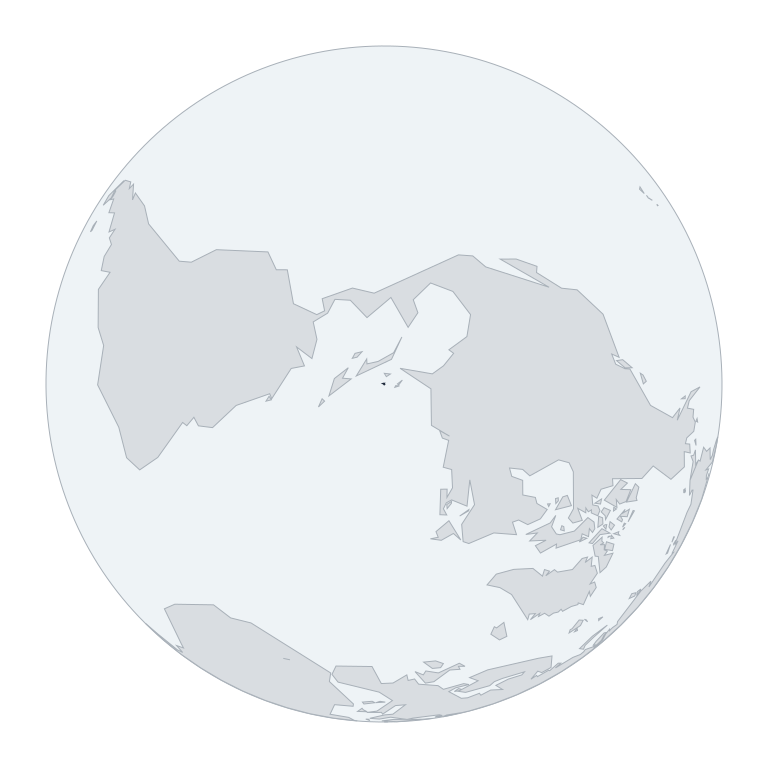 the Earth from above South Eleuthera, rotated 129°
{"feature_id": "BHS-5029", "entity_name": "South Eleuthera", "entity_type": "District", "adm_level": 1, "iso_a3": "BHS", "parent_name": "The Bahamas", "parent_adm1": "", "projection": "orthographic", "projection_center": [-76.202, 24.817], "detail": "fine", "context": "on_globe", "style": "filled", "palette": "slate", "viewbox_px": 768, "rotation_deg": 129, "n_neighbors": 0, "source": "natural_earth", "source_scale": "10m", "svg_char_len": 9733}
<svg xmlns="http://www.w3.org/2000/svg" viewBox="0 0 768 768"><g transform="rotate(129 384 384)"><circle cx="384" cy="384" r="338" fill="#eef3f6" stroke="#a8b0b8"/><path d="M372.4,479.9L364.5,476.2L356.6,485.7L329.3,468.9L319.6,448.8L236.8,407.4L228.6,395.6L229.0,378.7L204.9,316.6L213.8,372.3L203.7,359.9L196.3,339.1L201.4,335.6L197.8,306.3L189.3,293.2L191.9,257.7L215.3,218.1L217.4,225.9L222.8,216.4L220.5,206.4L217.6,202.3L232.9,163.4L228.6,138.6L216.3,138.9L227.6,133.3L196.7,140.5L187.4,136.6L204.8,136.3L211.8,133.0L208.8,127.4L215.3,123.0L217.7,118.1L225.8,113.5L235.3,114.8L240.7,112.2L238.3,108.6L244.9,102.6L247.6,108.1L259.4,98.4L277.5,101.0L278.3,123.2L295.1,124.1L313.8,146.8L318.9,142.1L329.2,149.1L338.8,146.7L339.5,152.5L346.6,145.7L344.1,140.9L346.4,136.6L351.9,135.0L353.7,141.8L351.3,143.6L354.7,144.8L353.3,149.1L357.1,146.1L358.7,155.2L365.2,144.1L373.2,149.7L372.1,156.4L361.7,158.2L333.1,181.6L328.7,190.6L333.1,200.6L363.6,212.9L363.1,222.5L370.3,233.6L375.4,226.6L371.6,215.6L382.9,206.3L376.9,195.0L380.6,190.0L378.8,178.2L390.4,177.6L402.8,183.8L405.0,193.8L410.5,197.2L417.7,186.2L430.6,204.9L454.6,217.7L456.7,223.3L444.2,235.3L420.8,237.7L404.5,257.0L426.7,242.6L431.5,258.5L437.2,260.8L443.6,259.3L446.3,252.8L450.4,258.3L430.1,273.7L426.0,268.8L432.5,263.7L421.6,265.4L407.9,277.6L411.4,285.6L387.1,298.3L389.3,304.6L385.2,311.4L383.3,300.3L386.3,321.1L358.2,344.5L361.7,381.4L345.7,352.8L332.4,349.2L316.3,349.2L316.6,355.1L295.0,349.4L275.6,360.4L268.7,388.7L276.2,411.4L300.1,414.3L307.3,402.5L324.8,400.9L312.4,433.1L343.1,439.0L340.1,462.9L349.1,475.4L364.4,472.4L380.3,478.1L391.5,464.2L409.6,456.0L410.2,475.3L420.0,457.2L430.3,465.9L466.1,462.0L463.5,466.7L493.7,485.4L525.8,489.8L533.3,501.9L529.5,510.8L540.5,511.0L540.6,516.3L583.4,513.6L604.5,519.8L603.3,537.6L584.5,562.9L564.9,606.0L530.5,626.1L520.0,641.7L490.2,665.5L469.6,667.2L473.8,675.1L461.0,681.7L447.1,683.6L443.3,689.4L433.0,690.4L438.9,693.4L420.6,701.1L424.0,705.6L410.3,710.5L412.9,712.6L408.3,712.8L403.0,713.8L402.1,715.0L388.5,713.3L386.3,708.0L392.4,704.9L386.3,704.4L399.2,695.3L392.0,697.4L396.3,682.2L407.7,667.7L417.4,620.4L410.6,610.4L385.1,598.8L354.4,557.3L363.0,539.6L356.1,531.0L378.6,504.9L372.4,479.9ZM69.7,309.1L72.2,301.6L71.8,308.0L69.7,309.1ZM73.0,296.1L72.2,298.8L72.7,296.3L73.0,296.1ZM72.8,293.6L72.9,295.4L72.5,294.0L72.8,293.6ZM72.3,291.1L72.7,292.1L72.5,292.3L72.3,291.1ZM360.1,393.7L395.2,410.6L375.4,413.2L379.1,409.9L370.2,402.8L353.6,396.2L336.2,399.7L360.1,393.7ZM72.6,285.1L72.8,283.4L73.4,283.7L72.6,285.1ZM375.5,373.6L369.4,372.2L375.3,372.0L375.5,373.6ZM215.2,201.4L219.7,206.8L219.5,218.0L214.9,213.8L215.2,201.4ZM216.8,181.9L220.7,182.5L214.3,191.6L214.0,188.4L216.8,181.9ZM205.9,140.7L208.3,143.5L203.7,142.4L205.9,140.7ZM216.5,118.2L213.8,119.0L216.2,116.3L216.5,118.2ZM372.5,179.5L375.6,178.9L374.3,181.4L372.5,179.5ZM368.8,175.2L365.1,178.6L362.8,177.0L365.1,175.0L368.8,175.2ZM230.7,107.0L235.4,102.8L232.3,107.2L230.7,107.0ZM373.8,171.6L359.2,174.0L355.2,171.4L360.6,161.8L373.8,171.6ZM239.2,100.5L250.4,91.1L245.2,91.8L266.2,85.6L249.7,95.0L246.7,100.1L244.4,98.5L239.2,100.5ZM341.0,140.2L343.9,145.1L336.4,142.6L341.0,140.2ZM335.6,139.7L309.4,139.9L307.8,132.5L316.9,133.6L310.8,125.7L323.0,121.9L329.0,125.3L327.6,130.8L333.3,125.3L335.6,139.7ZM276.0,84.1L280.1,82.4L277.6,84.5L276.0,84.1ZM346.7,134.7L341.6,135.1L339.8,128.5L349.9,126.5L347.2,129.2L346.7,134.7ZM303.3,125.9L303.8,121.0L313.7,116.4L315.3,114.1L323.1,121.2L303.3,125.9ZM350.4,129.9L355.0,125.8L360.8,127.6L351.7,133.9L350.4,129.9ZM335.2,127.8L334.8,124.7L338.3,125.7L335.2,127.8ZM383.9,132.8L377.8,132.9L376.3,129.3L383.9,132.8ZM356.3,124.2L354.3,123.6L353.1,122.4L357.2,120.2L356.3,124.2ZM329.6,117.7L333.6,117.0L326.9,114.5L334.1,111.5L338.0,117.0L339.3,113.3L341.5,112.5L342.3,118.0L329.6,117.7ZM357.7,114.5L365.1,121.3L376.8,121.6L378.4,124.7L359.3,123.6L357.7,114.5ZM348.6,116.0L354.5,115.6L353.5,119.2L348.7,121.7L348.6,116.0ZM337.5,107.6L325.5,110.8L325.0,109.6L337.5,107.6ZM361.3,113.8L359.4,112.2L362.2,113.4L361.3,113.8ZM345.1,108.5L340.9,109.7L340.5,108.3L345.1,108.5ZM359.1,108.4L361.5,110.4L358.4,112.0L359.1,108.4ZM352.8,107.8L353.3,105.6L355.8,111.3L351.0,108.6L352.8,107.8ZM345.4,107.0L343.8,106.5L347.2,106.7L345.4,107.0ZM369.7,101.6L373.6,108.5L366.6,111.8L363.8,104.5L369.7,101.6ZM410.7,716.4L389.5,714.1L401.6,715.3L411.0,713.1L421.8,714.7L410.7,716.4ZM438.0,709.8L448.3,707.6L450.5,707.9L443.9,709.6L438.0,709.8ZM638.3,161.4L647.2,173.7L638.8,165.6L620.3,143.1L613.3,135.8L638.3,161.4ZM604.0,127.5L603.2,127.4L591.3,117.6L601.8,127.0L604.3,128.3L610.9,134.7L609.1,134.0L605.0,130.2L606.2,132.8L625.6,151.4L630.1,154.9L638.8,169.2L647.3,176.7L652.8,184.7L640.7,175.2L635.0,169.3L619.8,165.5L626.7,172.7L641.4,177.3L640.8,179.3L650.1,190.7L642.6,183.6L624.7,178.2L626.5,193.8L644.6,232.1L642.4,241.7L633.4,243.8L611.1,215.5L618.5,197.6L610.7,188.8L595.7,183.2L599.2,178.7L594.0,174.6L595.5,168.2L584.4,152.2L583.9,145.7L566.7,133.5L564.1,128.9L575.0,137.1L582.3,140.0L579.6,126.1L575.3,121.6L564.3,115.2L564.9,112.9L554.7,108.5L546.8,99.6L547.8,107.4L535.0,101.6L523.3,93.8L519.3,93.7L538.3,106.7L545.8,110.9L551.9,112.0L572.3,126.5L576.1,132.9L555.4,124.1L558.3,132.7L540.9,123.5L500.1,91.5L489.6,82.3L499.2,75.8L509.0,79.8L510.4,83.8L520.9,84.0L514.4,82.0L514.9,80.6L502.8,75.9L502.5,74.8L491.3,72.9L489.7,70.9L496.8,72.1L477.5,65.1L470.7,61.2L466.4,60.3L463.8,60.5L456.8,56.2L454.0,55.8L455.2,57.0L450.3,57.2L438.9,56.3L437.1,54.8L441.0,54.9L446.4,53.7L457.0,55.1L455.1,54.5L445.5,53.0L438.9,54.4L432.6,54.4L434.3,53.1L433.2,53.5L429.5,53.1L424.2,51.6L421.6,53.0L383.3,54.1L369.2,52.5L375.0,50.4L346.4,52.9L332.7,53.0L333.8,53.7L320.8,56.8L324.9,56.7L324.5,57.4L293.1,67.7L284.3,69.8L272.0,77.1L272.6,77.8L278.4,76.5L266.2,85.6L245.2,91.8L245.0,89.8L232.0,95.8L233.3,90.9L228.5,90.4L237.5,82.9L232.8,83.9L228.2,86.3L218.5,90.3L215.0,91.4L220.6,88.2L237.8,79.7L248.2,79.8L245.7,78.3L252.3,75.8L255.1,73.7L252.8,73.5L248.8,75.2L273.8,64.6L297.8,57.3L322.3,51.8L347.2,48.1L372.3,46.3L397.4,46.3L422.4,48.3L447.3,52.1L471.7,57.7L495.8,65.1L519.1,74.3L541.8,85.2L563.5,97.7L584.3,111.9L604.0,127.5ZM720.1,418.8L720.6,402.3L720.6,377.4L719.3,371.5L717.8,380.6L715.3,373.7L713.6,377.7L696.9,413.2L686.8,408.0L662.9,377.5L662.3,356.0L653.4,337.0L642.1,243.6L649.6,239.2L651.9,206.4L653.9,205.2L664.3,220.6L674.6,218.1L665.3,201.6L664.0,194.9L662.6,192.8L675.4,212.9L686.7,233.8L696.5,255.5L704.8,277.8L711.5,300.7L716.5,323.9L719.9,347.5L721.7,371.2L721.7,395.0L720.1,418.8ZM657.5,283.5L660.6,289.6L657.5,283.5ZM467.2,461.6L471.6,464.9L465.9,465.6L467.2,461.6ZM372.7,421.4L380.1,421.8L384.0,424.8L378.4,425.8L372.7,421.4ZM434.7,419.4L443.1,420.5L434.4,422.8L434.7,419.4ZM400.7,412.7L427.9,419.3L411.0,426.0L393.8,422.0L405.6,419.9L400.7,412.7ZM372.2,385.3L376.8,386.8L375.5,390.5L372.2,385.3ZM379.8,373.5L378.0,373.9L375.7,370.8L379.8,373.5ZM432.7,257.6L434.4,256.5L441.1,256.5L438.1,259.4L432.7,257.6ZM469.4,241.1L475.1,250.5L469.0,245.4L466.0,250.7L449.4,247.5L456.9,226.1L456.5,236.0L469.4,241.1ZM429.3,238.4L439.0,242.1L428.1,239.0L429.3,238.4ZM563.9,161.9L568.8,161.5L574.6,167.4L575.2,178.2L566.7,169.6L563.9,161.9ZM574.3,159.9L553.6,149.7L552.4,143.4L556.6,148.5L557.9,145.4L564.9,152.9L584.0,157.9L590.4,163.6L588.0,178.9L585.3,170.4L580.7,170.9L574.3,159.9ZM502.7,143.0L493.8,140.8L502.8,129.7L510.2,133.2L511.2,143.5L503.2,145.5L502.7,143.0ZM386.2,155.1L382.2,156.6L381.7,154.5L384.7,151.5L386.2,155.1ZM381.2,133.1L403.3,147.0L399.8,149.2L416.9,156.0L414.4,164.6L403.4,159.7L414.3,172.0L403.3,171.1L411.7,179.1L387.4,167.4L378.0,167.8L389.5,163.9L392.1,155.7L390.4,152.4L378.5,143.5L359.5,141.5L359.1,133.9L363.8,129.1L368.2,128.5L367.1,133.4L373.9,129.0L375.7,135.7L381.2,133.1ZM419.2,90.0L416.0,93.9L430.0,90.2L431.9,95.3L433.4,94.5L439.0,98.4L448.3,102.2L447.6,104.6L451.6,105.1L455.4,108.1L460.6,109.7L461.1,114.9L467.5,117.6L464.2,118.6L475.0,121.9L467.2,121.9L471.4,126.3L476.7,124.0L467.3,152.4L469.3,165.8L475.3,177.5L461.1,177.1L446.4,166.5L433.6,152.2L433.6,139.9L427.2,142.5L425.3,137.6L431.2,137.6L421.0,134.7L421.0,130.8L409.6,120.8L394.9,120.2L390.4,116.9L396.1,115.3L387.5,113.3L395.3,108.2L392.3,105.9L396.8,99.1L409.7,98.0L405.3,95.7L408.6,91.0L419.2,90.0ZM371.4,99.6L386.3,96.1L394.7,97.4L383.2,108.9L384.9,111.6L377.9,120.0L365.8,118.1L369.0,115.8L369.2,113.2L372.9,114.8L370.1,111.6L374.3,108.5L373.3,105.3L378.5,104.9L371.4,99.6ZM649.8,197.0L650.2,195.1L649.3,190.8L655.1,198.5L649.8,197.0ZM638.0,193.5L637.4,190.5L645.3,198.2L644.8,200.6L638.0,193.5ZM630.4,182.8L636.7,189.7L633.1,187.4L630.4,182.8ZM573.8,134.4L572.4,131.4L574.8,132.4L578.7,135.8L573.8,134.4ZM461.0,83.5L457.8,84.7L455.8,83.8L444.6,83.8L442.3,80.5L448.1,79.3L461.0,83.5ZM646.5,171.2L646.2,170.9L644.3,168.5L644.2,168.4L646.5,171.2ZM654.3,185.2L654.4,183.2L655.9,187.3L654.3,185.2ZM456.6,80.0L452.3,80.2L453.8,78.5L456.6,80.0ZM440.0,78.3L440.7,76.1L440.7,80.2L440.0,78.3ZM430.8,58.7L449.0,61.7L460.5,63.2L464.6,62.1L466.6,65.5L448.8,63.3L430.8,58.7ZM389.4,54.5L385.9,56.4L382.2,55.5L382.5,54.9L389.4,54.5ZM390.9,55.7L396.4,58.4L391.0,59.5L387.8,57.0L390.9,55.7ZM427.2,67.3L432.7,68.3L431.3,69.5L427.2,67.3ZM278.3,81.9L280.0,82.4L276.3,83.2L278.3,81.9ZM327.1,57.3L325.8,58.4L321.5,58.9L327.1,57.3ZM320.1,62.1L325.8,60.7L320.5,62.7L320.1,62.1ZM338.5,57.8L328.4,60.4L337.0,57.2L338.5,57.8Z" fill="#d9dde1" stroke="#a8b0b8" stroke-width="1"/><path d="M384.3,383.0L384.2,383.1L384.3,383.2L384.3,383.4L384.3,383.5L384.3,383.8L384.2,384.1L384.1,384.6L384.1,384.8L384.2,385.0L384.0,384.9L383.9,384.7L383.8,384.4L383.7,384.3L383.5,384.2L383.4,384.1L383.9,384.0L384.0,384.0L384.0,383.9L384.1,383.7L383.9,383.7L384.0,383.5L384.0,383.2L384.3,383.0Z" fill="#64748b" stroke="#1e293b" stroke-width="1.5"/></g></svg>